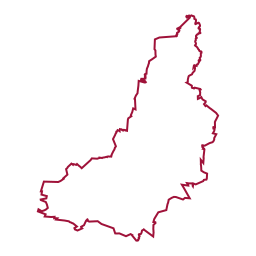 the district of Jiquipilas, Chiapas, Mexico
{"feature_id": "50627088B19459757665748", "entity_name": "Jiquipilas", "entity_type": "district", "adm_level": 2, "iso_a3": "MEX", "parent_name": "Mexico", "parent_adm1": "Chiapas", "projection": "mercator", "projection_center": [-93.615, 16.574], "detail": "fine", "context": "isolated", "style": "outline", "palette": "rose", "viewbox_px": 256, "rotation_deg": 0, "n_neighbors": 0, "source": "geoboundaries", "source_scale": "gbopen_adm2", "svg_char_len": 5748}
<svg xmlns="http://www.w3.org/2000/svg" viewBox="0 0 256 256"><path d="M115.2,233.4L116.2,233.5L119.4,233.4L126.0,236.2L130.6,234.1L132.2,235.0L132.0,235.3L136.3,240.6L137.7,240.6L138.2,240.3L138.2,240.1L138.0,239.8L138.1,239.4L139.0,238.8L139.1,238.6L139.1,237.8L138.8,237.5L139.6,236.4L139.5,236.0L139.1,235.6L138.8,234.7L138.9,234.3L139.4,234.1L139.9,234.3L140.8,234.0L141.2,233.4L141.6,232.5L142.0,230.6L142.4,230.3L143.5,229.7L143.8,229.4L144.8,230.3L153.2,236.5L153.6,232.1L153.4,231.0L153.5,230.3L153.3,229.2L153.4,226.8L153.4,225.0L155.5,223.0L155.3,222.2L153.4,222.0L154.3,218.9L158.3,212.3L166.3,210.1L166.7,208.1L167.5,204.2L168.1,202.7L168.7,199.7L171.8,197.8L173.9,196.9L175.9,197.0L183.0,199.5L185.0,197.9L189.7,198.3L184.0,188.2L181.9,184.7L188.3,185.6L188.2,185.1L187.0,183.1L187.9,183.2L188.2,183.4L192.5,183.4L192.7,186.0L192.9,186.3L193.3,183.5L195.7,184.4L203.2,181.1L203.9,179.9L204.8,179.7L206.4,179.6L206.8,178.6L207.1,173.6L203.9,172.3L201.3,170.6L201.2,167.6L201.0,165.2L200.8,164.2L200.9,163.1L200.8,159.8L203.3,163.0L203.7,157.9L203.5,157.3L204.4,149.5L204.0,149.3L203.5,149.1L203.9,148.9L204.0,148.6L203.0,147.8L203.0,147.3L202.9,147.1L202.4,147.0L202.3,146.0L201.7,145.3L201.5,145.2L203.0,145.3L204.0,145.6L204.7,145.7L209.6,143.1L212.5,142.2L213.0,141.7L213.5,141.1L214.2,139.6L214.2,138.1L216.3,134.2L212.9,133.3L214.3,130.7L214.6,129.0L213.4,128.6L213.3,127.2L213.8,127.0L215.0,127.1L214.9,122.0L215.1,121.7L215.4,120.8L216.0,119.8L218.1,115.6L216.1,112.9L210.8,108.8L210.0,108.3L206.8,105.7L206.5,105.4L205.5,106.1L204.0,104.1L205.5,102.5L205.7,101.3L202.5,99.4L201.3,97.1L199.7,98.1L197.9,98.9L197.8,96.2L200.1,95.1L200.1,93.7L200.2,92.3L199.5,89.9L200.6,89.5L200.3,89.0L194.0,87.5L194.3,87.7L194.4,88.0L194.2,88.4L193.8,88.4L193.5,88.0L192.4,88.0L192.1,87.9L191.9,87.7L191.8,85.7L186.6,82.6L187.3,82.3L187.8,81.7L187.8,80.0L187.9,79.3L188.5,76.7L188.8,76.0L189.6,75.5L192.0,74.3L192.6,72.9L194.5,70.9L194.7,70.1L194.7,69.4L195.0,68.8L194.9,67.3L194.9,66.8L195.1,66.4L194.2,66.6L193.6,67.3L193.9,65.7L194.3,65.6L194.7,65.7L194.7,65.3L196.6,65.9L196.7,64.9L197.1,64.4L197.8,64.3L199.2,61.7L198.6,60.8L198.8,60.2L199.2,60.2L199.9,60.6L200.1,60.5L200.3,60.2L200.2,59.4L199.8,58.6L199.7,57.8L200.0,57.5L200.4,57.2L200.8,56.6L200.9,55.2L200.8,54.3L200.8,53.6L201.2,52.8L201.5,52.7L201.5,52.4L201.5,51.9L201.1,51.4L200.6,51.3L200.1,51.4L199.4,50.9L199.0,50.1L199.0,49.8L198.2,49.1L197.8,48.2L197.0,47.1L196.4,46.5L195.4,45.9L195.0,45.3L195.3,44.9L195.7,44.7L196.0,43.8L195.8,42.9L195.4,42.3L195.2,41.4L195.2,41.1L195.4,40.8L195.8,40.3L195.7,38.7L195.9,38.3L196.6,38.2L196.8,37.9L196.7,37.5L196.1,37.1L196.0,36.7L196.0,35.9L196.8,34.7L197.1,34.5L197.3,34.6L197.6,34.5L198.1,34.0L198.3,33.5L198.5,33.3L198.9,33.1L199.6,33.4L200.0,33.2L200.3,33.1L200.3,32.6L200.1,32.2L199.8,31.9L199.7,31.1L200.1,29.8L200.0,28.9L199.6,28.6L199.2,28.9L198.7,28.6L198.5,28.2L198.7,27.6L199.0,27.1L199.8,26.5L200.0,25.9L200.0,25.3L199.2,23.3L198.9,22.9L198.3,22.7L195.8,24.0L195.5,24.1L195.3,23.9L195.3,23.2L195.9,21.6L196.0,20.1L195.9,19.8L195.7,19.4L195.2,19.3L194.3,18.8L194.3,18.0L194.4,17.3L193.9,16.3L193.0,16.0L192.7,16.1L191.7,15.5L191.3,15.4L190.7,15.9L190.2,16.0L189.6,16.0L189.4,15.7L189.1,15.5L187.6,16.2L187.3,16.3L186.8,15.9L186.5,16.1L186.3,16.7L187.3,18.2L187.0,17.6L187.5,17.2L188.1,17.1L188.2,16.9L188.6,16.7L189.2,16.6L189.5,16.8L189.6,17.1L189.9,17.2L189.8,17.6L180.0,27.2L177.2,28.6L177.2,28.9L177.4,29.2L177.7,29.4L178.0,29.4L178.5,29.1L179.3,29.0L178.9,29.4L178.8,30.5L179.3,30.7L179.2,31.1L178.6,32.0L177.6,32.4L177.0,32.9L176.9,33.8L177.3,34.1L176.7,34.8L176.9,34.9L176.9,35.0L176.6,34.8L176.5,35.1L176.3,35.2L176.1,35.7L176.1,35.9L176.5,36.0L176.4,36.2L175.8,36.0L175.4,36.3L159.4,37.5L154.9,39.4L154.5,49.2L155.4,50.4L155.5,54.4L155.8,56.6L152.3,59.1L149.2,61.1L149.2,61.7L149.0,61.9L148.9,63.5L148.5,64.2L148.0,66.1L146.9,68.7L146.6,70.9L146.5,73.6L146.1,73.6L145.3,73.9L145.0,74.2L144.7,74.8L144.8,75.0L145.5,75.0L145.4,76.8L144.9,76.9L144.9,78.0L145.5,77.9L145.4,78.6L144.3,78.8L141.3,78.8L141.1,79.5L144.8,80.9L145.3,81.4L145.6,82.0L145.8,82.2L145.6,82.4L144.6,82.5L138.7,80.9L138.4,85.7L137.7,91.2L137.5,93.3L136.0,95.4L134.5,98.8L135.0,99.1L135.0,99.5L135.5,109.4L133.2,108.4L132.2,112.2L130.8,115.3L131.4,116.2L128.3,118.3L127.9,119.5L127.0,130.8L125.9,130.5L125.5,130.5L125.4,130.1L123.7,129.8L123.4,129.9L123.0,130.5L122.2,129.8L121.9,129.9L121.5,129.4L121.0,129.2L120.4,129.3L120.0,129.2L120.0,129.6L119.7,130.0L119.8,130.0L119.7,130.3L119.6,130.5L119.6,131.2L119.3,131.0L118.6,130.5L117.6,130.1L116.7,131.8L116.3,131.8L116.2,132.9L115.7,133.4L115.1,135.0L113.0,139.1L115.9,146.3L115.6,146.7L115.2,147.5L114.9,147.7L114.4,149.5L113.4,151.1L112.0,153.9L111.2,155.8L111.4,156.0L111.1,156.4L111.1,156.6L110.2,156.5L109.3,156.6L108.1,156.4L107.6,156.6L107.1,157.1L106.5,156.8L104.5,157.4L104.1,157.4L102.1,157.8L102.0,158.0L100.1,157.7L100.2,157.9L99.7,158.0L99.2,158.0L97.3,158.7L91.8,158.4L90.6,160.1L81.7,168.2L80.5,167.0L78.6,165.5L77.0,164.0L76.2,164.9L74.7,164.4L73.3,164.1L73.0,164.8L71.4,163.6L70.7,164.3L67.8,167.0L67.5,167.7L66.9,168.4L66.1,169.1L67.4,174.6L63.3,178.3L63.7,178.8L60.5,181.0L58.2,182.0L43.9,181.6L40.9,191.3L42.0,191.3L41.5,194.6L46.8,196.1L46.3,198.4L40.7,199.5L40.8,200.0L45.8,202.0L46.9,204.5L47.8,207.9L45.8,209.6L44.2,210.4L41.7,211.2L38.5,209.3L37.9,211.4L45.6,214.3L44.7,216.5L51.2,217.0L54.5,216.8L54.2,218.3L55.9,218.2L57.3,218.3L56.2,219.6L64.4,220.5L68.9,221.3L69.7,222.1L70.8,222.4L72.3,223.2L72.7,223.2L73.6,223.8L76.9,226.5L74.4,228.1L74.9,229.4L77.5,230.5L82.2,228.4L81.2,227.3L81.1,226.8L84.0,225.2L85.0,223.0L86.1,220.7L88.0,218.7L86.8,220.7L88.3,221.0L89.1,221.6L97.7,221.2L101.5,224.0L113.5,228.3L115.2,233.4Z" fill="none" stroke="#9f1239" stroke-width="2"/></svg>